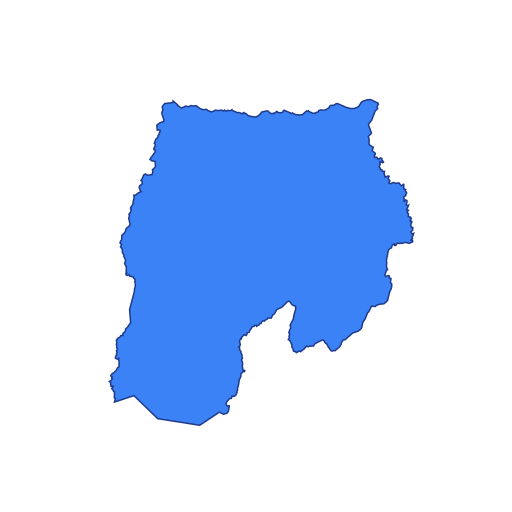 the district of Santa Fé, Veraguas, Panama, rotated 21°
{"feature_id": "35544464B37320508305878", "entity_name": "Santa Fé", "entity_type": "district", "adm_level": 2, "iso_a3": "PAN", "parent_name": "Panama", "parent_adm1": "Veraguas", "projection": "equal_earth", "projection_center": [-80.966, 8.637], "detail": "fine", "context": "isolated", "style": "filled", "palette": "blue", "viewbox_px": 512, "rotation_deg": 21, "n_neighbors": 0, "source": "geoboundaries", "source_scale": "gbopen_adm2", "svg_char_len": 6142}
<svg xmlns="http://www.w3.org/2000/svg" viewBox="0 0 512 512"><g transform="rotate(21 256 256)"><path d="M363.8,316.1L366.8,310.3L367.1,307.6L366.8,306.1L367.6,303.0L369.2,302.3L373.8,293.3L378.5,289.4L380.1,286.3L380.3,284.6L379.5,279.5L380.5,275.5L380.5,269.1L381.3,267.5L381.7,261.6L385.5,260.4L386.4,258.6L388.7,256.7L392.5,254.8L394.3,251.7L394.7,250.1L393.6,240.8L394.0,239.1L393.8,236.5L392.7,233.3L391.6,233.1L390.9,232.1L390.1,228.6L388.4,228.8L387.6,226.9L386.6,226.8L384.3,228.7L383.1,227.7L382.9,222.9L383.7,221.6L381.6,219.2L380.3,215.0L379.5,214.1L377.5,203.2L378.3,201.1L379.6,199.8L379.2,197.3L380.7,195.1L381.2,195.2L381.6,196.4L382.6,196.2L383.4,193.2L385.8,192.8L386.6,191.8L387.7,192.0L390.5,189.8L394.6,189.2L397.1,186.7L397.1,186.1L396.7,185.6L395.0,185.7L395.0,185.0L396.0,183.9L394.9,182.2L395.3,180.4L395.1,178.3L393.8,179.4L392.2,178.5L392.0,177.7L393.0,175.8L392.2,173.2L390.8,173.4L389.6,172.1L389.2,170.7L389.4,168.5L388.9,167.8L387.8,168.3L387.2,167.8L387.6,165.5L386.4,164.3L384.1,164.7L383.3,162.2L381.4,161.0L381.9,158.7L380.1,159.1L380.2,153.8L379.2,154.6L377.7,154.2L377.6,151.3L377.0,150.1L375.6,150.0L375.0,151.7L374.4,151.8L373.8,149.3L372.8,148.2L372.9,147.4L374.2,146.0L373.8,144.8L374.1,143.2L371.9,141.5L372.0,140.3L369.9,140.3L368.3,136.2L367.7,136.2L366.9,138.2L365.6,138.1L363.5,136.5L359.7,138.2L357.7,138.2L356.1,140.1L354.0,140.6L353.6,140.0L354.1,138.9L353.9,137.7L351.6,136.4L351.7,133.9L350.6,133.9L348.1,136.2L346.7,133.7L345.9,133.1L345.6,130.9L343.6,131.6L342.5,130.3L341.3,130.7L340.1,129.2L338.9,128.6L339.1,125.7L338.0,124.4L337.9,123.4L340.9,123.5L341.4,122.6L338.8,120.9L338.5,119.8L336.9,119.9L335.3,122.0L333.3,120.5L331.7,121.3L330.4,120.1L330.9,118.6L330.6,117.4L326.7,116.0L326.5,112.4L322.6,111.8L321.3,110.7L319.9,106.7L317.9,104.1L319.5,101.0L319.6,99.6L314.6,94.1L313.8,92.5L315.3,87.9L315.3,78.0L316.7,74.9L315.4,72.5L315.9,70.7L315.1,69.5L306.7,68.9L303.6,70.5L300.3,73.2L299.3,74.6L298.3,79.4L297.6,80.5L295.0,83.0L291.6,84.4L287.1,84.9L277.3,84.5L276.2,85.1L275.0,87.1L271.5,88.8L270.9,91.5L268.9,94.3L266.8,95.7L264.1,96.4L262.4,97.8L262.4,99.3L260.9,100.2L260.0,101.7L259.7,101.5L258.0,102.4L253.4,102.1L253.0,101.6L252.1,102.5L251.2,102.5L248.6,107.5L245.8,108.9L241.9,109.8L238.7,109.4L238.0,110.2L230.1,109.8L229.5,110.3L229.3,112.2L228.2,113.2L225.6,114.1L223.5,113.6L221.8,116.6L221.2,116.3L220.3,117.2L218.4,117.6L215.1,116.4L214.1,116.6L209.9,119.4L208.5,123.2L206.3,126.2L201.9,127.4L197.7,127.7L196.1,126.7L193.7,126.8L193.4,126.4L192.9,126.6L192.3,128.3L189.3,128.0L187.0,128.8L181.7,128.6L181.1,128.0L180.5,129.2L178.5,130.1L177.2,130.1L176.6,131.3L175.3,131.6L174.3,131.0L173.4,132.4L171.6,132.1L168.8,133.7L165.5,134.5L164.7,135.9L162.9,137.4L158.9,137.5L157.3,136.8L154.0,138.4L150.8,138.4L146.2,137.1L143.3,138.6L141.4,138.8L139.5,140.8L136.4,141.3L135.4,142.9L134.8,143.0L133.4,144.7L128.6,143.4L128.7,143.1L128.1,142.8L123.1,141.0L123.5,142.1L122.3,143.2L116.1,146.4L114.9,150.2L116.6,152.8L116.9,156.6L121.2,161.9L121.7,163.3L118.3,166.4L116.5,169.4L118.7,173.9L120.4,173.0L121.7,173.1L121.8,177.3L121.4,178.9L121.9,180.3L120.6,182.9L120.7,187.4L121.7,187.6L122.2,188.5L122.4,190.6L122.0,192.0L122.5,193.2L123.3,193.0L124.6,194.4L122.3,203.8L124.5,204.5L127.9,203.9L130.1,208.5L129.8,209.9L128.4,212.6L129.6,214.6L129.7,217.4L125.4,219.6L123.3,219.0L122.1,220.6L122.1,224.5L121.5,226.7L122.9,227.2L124.0,229.3L122.2,232.2L122.4,233.9L124.4,236.3L125.7,237.0L123.1,239.8L121.9,242.1L120.1,243.1L121.3,245.0L122.0,250.5L122.7,251.2L121.6,255.6L121.9,256.9L122.8,257.0L123.1,257.6L123.0,260.6L122.4,262.7L123.6,263.8L123.5,266.2L127.1,271.5L126.9,273.3L124.9,277.0L125.3,279.7L124.5,282.7L123.3,284.8L124.8,288.8L124.3,290.6L124.3,292.5L126.5,293.7L126.2,296.1L128.5,297.4L130.1,300.7L132.1,302.1L132.9,303.9L135.9,306.8L136.1,310.2L139.1,313.0L140.4,317.2L141.4,318.0L140.7,318.7L141.5,320.1L142.6,320.4L144.1,318.9L145.1,320.1L149.0,319.5L149.7,320.5L151.8,321.5L152.0,323.6L153.1,324.6L154.4,328.7L154.3,330.1L155.2,332.9L157.2,351.4L162.8,363.0L161.6,368.5L160.4,370.8L161.0,373.1L159.6,375.7L159.6,376.5L160.3,378.0L158.3,378.7L157.9,380.7L156.4,382.4L155.8,384.7L157.1,386.5L157.3,388.6L158.6,390.4L158.7,391.4L160.0,392.5L159.7,394.6L160.9,395.8L160.7,397.1L161.3,398.2L160.9,400.2L161.4,401.8L163.3,402.0L164.6,400.8L164.8,402.2L165.9,403.4L167.7,408.3L167.6,409.2L166.8,409.9L166.4,413.1L165.0,416.2L164.0,417.0L163.3,419.5L163.5,420.1L164.9,420.2L165.0,421.8L165.9,422.1L165.2,424.6L164.0,425.6L165.7,426.5L167.2,429.5L169.4,428.7L169.4,429.9L168.7,431.2L169.6,432.1L170.8,432.4L171.6,433.5L172.6,433.4L174.5,439.1L175.8,439.5L176.2,443.1L192.1,430.1L222.6,443.1L264.1,434.2L277.5,415.3L278.3,414.9L282.4,415.4L285.2,413.2L285.9,411.0L284.9,405.5L284.5,405.3L283.5,406.4L282.5,406.2L281.1,404.9L280.8,403.4L282.3,398.7L284.1,397.7L283.9,395.2L286.1,394.8L287.0,393.2L287.2,390.1L286.6,389.0L286.8,387.4L286.1,386.4L286.1,383.7L284.8,377.8L285.0,373.8L284.2,371.1L284.9,370.0L285.0,368.6L286.5,368.2L286.8,367.2L285.9,366.9L284.8,367.3L282.6,363.5L282.3,361.7L281.2,359.6L279.7,358.4L279.9,356.1L278.7,354.5L278.5,353.5L276.3,351.3L276.1,350.4L274.5,349.6L273.6,347.7L272.5,347.3L273.2,346.3L273.0,344.2L271.3,341.7L271.1,340.3L271.4,338.3L272.0,338.5L271.8,337.1L273.0,333.8L275.3,333.8L275.6,332.2L275.1,331.2L277.0,329.5L276.9,327.4L277.4,326.1L277.8,323.4L279.4,322.4L279.5,321.4L280.9,320.7L281.9,321.4L282.4,320.2L283.4,319.4L283.7,318.0L284.9,317.1L285.0,315.3L286.1,313.8L287.3,313.7L288.3,311.5L289.2,310.8L289.5,309.5L292.5,308.5L292.7,305.1L293.9,303.5L294.7,298.4L298.5,294.6L301.6,287.6L303.0,286.4L304.8,286.9L306.7,288.4L308.7,288.9L310.2,288.5L311.0,289.0L312.1,291.4L312.5,296.8L313.4,301.5L312.6,308.3L314.1,310.5L314.0,315.8L315.3,316.4L315.6,319.3L316.5,320.3L316.1,322.5L317.9,322.8L321.5,326.3L322.0,328.0L323.7,329.3L325.3,331.5L327.1,331.1L328.3,331.8L330.4,329.2L331.8,329.4L334.1,325.8L335.5,322.0L337.2,322.1L338.1,321.1L342.0,319.4L342.5,316.6L348.3,310.3L349.4,310.5L352.4,312.7L353.8,312.8L355.8,314.8L360.1,317.6L361.7,317.2L362.8,316.1L363.8,316.1Z" fill="#3b82f6" stroke="#1e3a8a" stroke-width="1.5"/></g></svg>